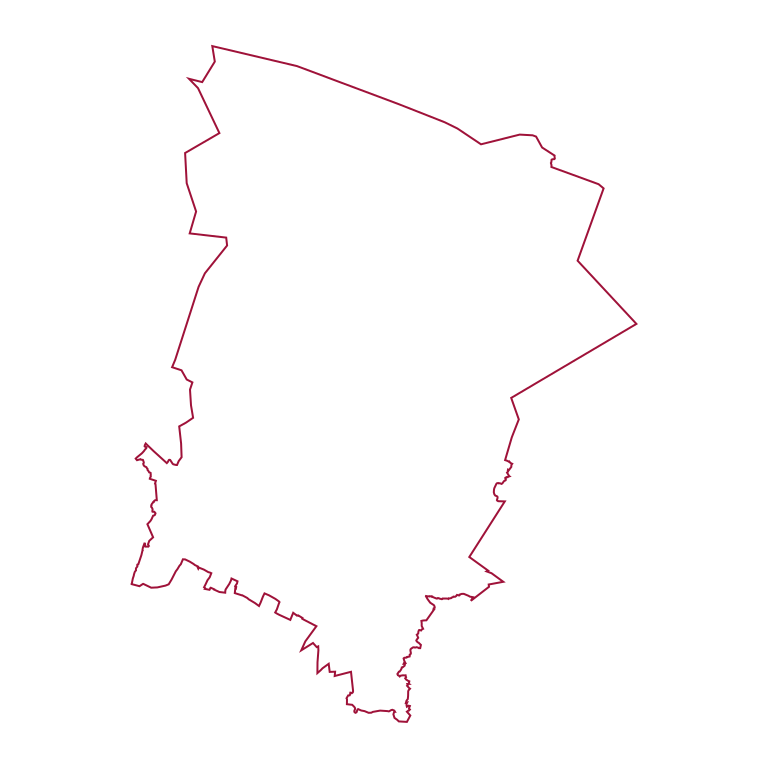 Atoyac de Álvarez, Guerrero, Mexico
{"feature_id": "50627088B21593643205085", "entity_name": "Atoyac de Álvarez", "entity_type": "district", "adm_level": 2, "iso_a3": "MEX", "parent_name": "Mexico", "parent_adm1": "Guerrero", "projection": "robinson", "projection_center": [-100.398, 17.312], "detail": "fine", "context": "isolated", "style": "outline", "palette": "rose", "viewbox_px": 768, "rotation_deg": 0, "n_neighbors": 0, "source": "geoboundaries", "source_scale": "gbopen_adm2", "svg_char_len": 6121}
<svg xmlns="http://www.w3.org/2000/svg" viewBox="0 0 768 768"><path d="M536.1,136.6L532.6,135.3L519.7,134.6L481.0,144.3L457.4,128.5L444.8,122.3L399.1,104.3L297.0,66.1L212.3,46.1L214.8,61.6L202.2,82.1L189.0,78.8L198.0,88.1L219.4,133.1L185.1,153.0L186.7,183.2L196.1,211.5L189.7,233.4L226.2,237.6L227.1,245.5L204.9,273.3L198.6,286.8L175.2,359.8L172.1,367.2L181.5,370.3L186.7,379.5L192.4,382.4L190.0,389.6L191.0,405.3L193.1,417.8L185.9,422.7L179.2,426.4L181.1,443.5L181.6,457.2L178.7,461.1L177.0,465.0L176.2,465.0L173.3,464.3L172.6,463.7L170.2,460.0L169.7,459.8L169.0,459.9L168.6,460.4L167.8,462.0L166.8,463.1L153.7,451.2L145.7,443.5L144.8,445.2L144.6,446.3L145.0,446.7L146.4,447.1L146.5,447.7L146.2,448.3L144.8,449.8L144.0,451.0L142.1,453.1L136.9,457.4L135.7,458.6L137.0,460.2L140.5,459.2L140.8,459.6L142.9,459.9L143.5,461.4L143.8,462.5L143.6,463.3L143.2,463.8L143.6,465.1L144.4,466.2L146.4,467.2L146.9,468.2L147.6,469.0L147.5,469.6L147.6,470.1L148.3,470.8L149.2,472.4L149.8,472.5L150.6,472.9L150.8,475.1L150.6,475.7L150.8,476.5L149.9,478.1L149.8,478.8L155.9,480.8L155.0,483.7L155.5,484.1L156.8,500.2L155.2,500.2L154.1,501.0L153.9,501.9L153.0,502.2L152.9,502.7L152.0,503.7L151.3,505.1L151.5,505.4L151.2,506.1L151.2,506.9L151.9,507.6L152.6,509.2L152.4,510.6L152.4,511.6L152.8,511.8L154.2,511.7L154.5,511.9L154.7,512.5L155.3,512.9L155.5,513.5L154.8,515.0L154.4,515.3L153.1,515.7L151.5,519.3L150.4,521.0L147.4,524.2L153.1,537.3L149.3,540.8L148.0,544.3L148.8,545.8L148.6,545.9L148.3,546.6L145.2,546.6L144.8,546.1L145.1,545.5L144.9,544.6L145.1,544.1L145.0,543.6L144.4,543.5L142.9,547.6L142.5,549.9L142.7,550.5L142.4,550.8L141.4,555.1L138.3,564.3L137.5,564.5L137.2,565.0L137.4,566.1L137.3,566.6L136.1,568.1L135.9,568.9L136.0,570.4L135.1,571.4L134.7,572.1L133.9,574.7L133.8,575.6L132.8,578.6L131.8,583.6L131.6,583.8L131.6,584.1L139.5,586.2L143.0,583.9L143.3,583.9L151.2,587.7L157.4,587.4L165.5,585.6L168.7,584.3L171.6,579.5L175.8,571.3L177.4,569.2L179.5,565.7L180.8,564.3L182.9,559.3L185.1,559.4L189.7,561.6L193.6,564.0L194.8,565.0L197.5,566.3L197.9,566.5L197.6,567.2L198.3,568.7L198.9,567.6L203.9,569.6L208.4,572.2L209.8,572.5L211.3,573.2L209.7,577.3L207.5,580.2L205.5,584.5L204.1,587.2L204.5,587.4L205.2,588.2L204.8,588.9L209.5,589.8L210.5,587.8L210.7,587.7L214.2,589.3L214.1,589.6L219.4,592.0L225.2,592.7L225.3,590.9L225.6,589.5L229.3,583.9L231.0,580.4L231.5,578.5L237.5,581.3L237.0,583.5L235.4,585.8L235.2,586.3L236.2,586.8L235.9,588.6L235.3,588.4L234.8,593.1L242.1,595.4L242.3,595.3L247.3,598.0L248.7,599.3L254.9,603.0L259.0,606.0L260.6,602.6L262.9,596.7L264.5,593.4L269.0,595.3L275.4,598.9L278.9,601.4L279.5,602.1L279.0,603.2L276.9,609.3L275.2,612.5L276.6,613.4L279.0,614.7L290.3,619.9L293.2,612.8L296.5,615.3L296.6,615.1L298.1,615.8L298.4,615.5L302.5,618.0L302.2,618.7L303.5,619.5L316.4,626.2L305.3,641.4L301.3,650.3L313.0,643.0L316.7,647.1L318.2,646.4L318.4,650.3L317.5,662.3L317.4,673.1L320.7,670.2L322.5,668.3L328.7,663.8L329.7,671.9L335.1,671.7L334.7,676.0L351.0,671.8L353.1,691.1L352.8,692.4L351.8,693.2L350.9,692.7L350.3,692.7L350.1,694.2L349.7,695.3L349.3,695.4L348.2,695.4L346.5,698.3L347.0,699.2L346.9,704.2L352.2,704.8L354.3,706.9L355.1,708.2L355.1,708.9L354.3,711.0L354.4,711.9L354.8,712.4L355.5,712.8L356.5,712.3L357.4,709.8L358.1,709.1L361.2,710.5L364.5,711.1L368.6,712.8L371.3,712.7L372.8,711.9L380.1,710.6L387.4,711.1L388.9,711.4L391.4,710.0L392.4,709.8L394.3,710.6L395.0,711.8L394.2,711.8L393.4,714.3L394.5,717.9L397.2,719.8L398.8,721.4L406.9,721.9L410.3,715.5L406.9,711.7L408.2,710.7L408.9,710.6L409.9,709.5L409.0,708.7L409.4,706.9L409.7,706.6L409.9,706.0L408.5,705.7L406.9,706.7L406.6,705.6L406.5,704.0L407.2,702.5L405.9,702.8L406.5,700.7L407.8,699.0L408.1,695.9L408.2,691.2L408.6,690.2L410.0,688.7L409.2,688.1L407.1,685.8L407.7,685.2L407.3,684.0L409.1,683.9L408.6,683.5L409.1,682.4L409.3,681.3L408.2,680.9L406.1,679.5L405.2,678.3L406.1,677.2L405.8,676.5L405.6,675.3L404.4,675.4L402.9,675.3L400.6,675.7L399.7,676.5L398.6,675.4L397.9,675.2L397.4,674.0L398.9,671.7L399.6,671.6L400.8,670.0L402.0,667.6L401.9,667.4L402.4,667.1L402.9,667.1L404.6,665.7L405.0,664.0L403.6,663.9L404.0,663.1L404.7,663.4L405.5,663.2L404.3,660.9L403.6,658.4L404.3,657.8L406.5,657.6L406.7,657.2L407.3,657.1L407.3,656.9L409.6,656.5L409.8,655.6L409.7,654.7L410.7,653.9L410.9,653.1L410.4,650.6L410.5,649.4L411.2,648.6L413.2,647.3L414.2,647.3L415.0,647.6L416.7,647.2L418.2,647.7L418.8,648.1L420.2,648.1L420.9,644.9L418.7,642.8L418.1,642.5L417.3,641.9L416.6,641.1L416.3,640.6L416.7,639.7L418.2,637.8L417.1,635.2L416.8,634.8L418.2,633.5L418.4,631.6L418.9,630.2L419.6,630.0L421.1,630.5L422.0,629.3L423.1,628.8L421.7,626.0L421.7,623.2L421.4,620.9L423.1,620.5L426.4,620.3L433.7,610.0L433.3,610.0L433.7,608.3L434.7,607.8L434.7,607.1L434.2,605.6L433.8,605.1L430.2,602.7L427.5,599.0L425.9,596.2L426.0,596.0L428.0,596.4L429.4,596.2L429.7,596.5L431.2,596.2L432.0,596.9L432.5,596.6L432.9,597.1L436.4,598.5L437.0,598.6L437.5,598.1L438.7,598.1L439.1,598.5L441.9,599.2L442.4,599.0L442.6,598.5L446.4,598.5L447.7,598.7L448.4,598.4L448.6,598.8L449.0,598.5L451.2,598.1L451.6,597.6L452.9,597.2L453.4,596.6L455.0,596.8L456.0,596.2L457.0,594.9L459.1,595.5L459.5,595.3L459.6,594.6L461.0,594.1L461.8,593.9L463.9,593.9L468.5,595.8L469.8,596.6L473.0,597.2L470.9,600.8L489.0,586.8L488.7,584.5L503.3,581.8L491.5,573.2L486.6,571.4L488.1,570.6L469.3,557.0L504.8,501.4L498.2,501.2L497.1,500.5L496.9,500.1L497.6,497.8L497.4,496.6L496.7,496.1L495.3,495.6L494.4,494.4L493.8,492.3L494.0,489.6L494.3,488.2L496.4,483.8L496.9,483.3L498.2,483.0L498.8,483.4L499.7,483.2L501.6,483.9L502.5,483.2L503.9,481.2L505.6,480.3L505.5,479.5L505.9,479.0L505.3,478.3L505.3,477.8L506.8,477.0L507.7,477.2L508.2,476.7L509.5,476.3L509.1,476.0L507.0,472.6L508.0,471.6L507.8,470.5L508.0,469.6L508.9,470.1L511.3,466.9L511.4,464.9L512.2,463.8L510.6,463.0L509.5,461.8L509.4,462.1L508.4,461.4L507.2,460.8L505.1,460.1L511.8,437.3L518.8,419.4L511.2,397.9L636.4,323.9L577.6,260.7L603.6,188.4L598.6,184.2L551.4,167.0L551.5,165.1L550.9,163.0L551.3,162.3L551.6,159.7L552.3,159.3L554.4,159.1L554.8,158.5L554.5,156.6L554.6,155.6L542.1,147.5L536.1,136.6Z" fill="none" stroke="#9f1239" stroke-width="2"/></svg>